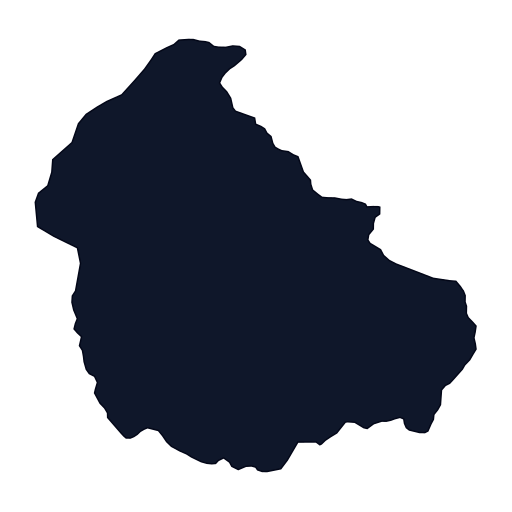 outline of Tambunan, Sabah, Malaysia, rotated 91°
{"feature_id": "92858781B2820786401574", "entity_name": "Tambunan", "entity_type": "district", "adm_level": 2, "iso_a3": "MYS", "parent_name": "Malaysia", "parent_adm1": "Sabah", "projection": "mercator", "projection_center": [116.421, 5.708], "detail": "fine", "context": "isolated", "style": "filled", "palette": "ink", "viewbox_px": 512, "rotation_deg": 91, "n_neighbors": 0, "source": "geoboundaries", "source_scale": "gbopen_adm2", "svg_char_len": 2600}
<svg xmlns="http://www.w3.org/2000/svg" viewBox="0 0 512 512"><g transform="rotate(91 256 256)"><path d="M420.1,401.5L435.6,387.6L438.3,385.0L440.2,382.7L440.2,378.5L438.7,375.1L436.4,371.7L433.4,368.7L431.1,364.9L429.6,361.5L432.2,350.5L437.2,346.3L443.2,342.1L447.8,337.2L452.3,328.5L455.0,322.0L458.0,317.1L462.6,307.2L464.1,301.5L464.5,296.6L464.1,292.8L461.1,290.1L458.4,284.8L462.6,278.8L466.7,276.5L469.8,270.0L466.4,262.4L466.0,256.8L467.1,252.6L469.8,250.7L471.3,246.1L471.3,241.2L468.3,227.5L459.5,221.1L441.3,210.9L440.9,194.2L440.9,192.6L443.6,188.9L442.8,187.3L439.0,183.5L435.3,178.2L431.5,172.2L421.6,164.6L420.5,163.8L420.1,161.5L420.5,154.3L423.1,149.8L425.8,145.2L426.5,141.8L421.6,135.4L418.9,127.4L418.9,122.8L417.8,118.3L416.3,114.5L414.8,109.2L416.3,105.4L420.8,104.6L425.0,102.7L427.3,99.7L428.4,94.8L429.6,89.5L429.6,84.1L428.0,81.1L420.8,78.1L416.3,75.8L411.4,75.4L406.4,71.6L401.5,69.0L393.9,68.6L386.7,68.2L382.1,64.4L379.9,60.2L376.1,56.8L365.5,47.7L361.3,45.4L356.0,40.5L349.9,37.1L345.3,34.4L340.0,35.2L334.0,36.7L328.3,35.6L322.2,34.8L318.8,37.9L313.9,42.8L309.7,44.7L302.5,44.7L298.3,46.2L291.9,46.2L287.3,48.1L285.9,49.2L283.1,51.1L277.8,55.7L277.4,62.1L275.2,78.5L261.5,116.0L258.1,122.8L253.2,128.5L247.5,131.6L241.4,142.2L238.0,144.5L232.7,143.7L227.0,139.2L221.3,139.2L215.2,137.6L211.8,133.1L205.4,133.1L205.0,133.1L204.6,134.6L204.6,139.9L205.0,146.0L202.3,147.5L200.8,151.3L199.7,156.6L197.4,161.5L198.1,166.5L197.8,171.4L196.6,178.2L196.6,185.4L196.2,191.1L193.2,195.3L189.0,200.6L183.3,202.5L179.2,202.9L171.2,210.1L156.0,215.8L154.1,220.7L151.1,225.6L150.3,232.1L148.8,235.5L146.9,238.9L143.1,241.2L136.3,243.1L132.9,247.3L128.7,249.6L126.4,253.3L124.2,258.7L118.1,259.8L116.6,264.3L111.6,279.1L108.2,281.8L98.7,284.1L92.3,288.2L87.7,292.8L83.6,295.5L77.9,293.2L73.7,290.1L69.2,285.6L66.1,281.0L63.1,277.6L59.7,273.8L54.7,269.7L50.2,270.4L46.8,276.1L46.4,282.9L47.9,289.8L47.9,297.0L47.2,301.9L43.4,306.8L42.6,310.6L42.2,316.3L40.7,322.4L40.7,327.3L41.5,336.8L46.0,341.7L49.4,348.9L55.5,360.3L61.6,364.1L71.1,370.6L82.8,380.4L97.2,393.0L104.1,407.8L109.8,417.2L117.3,428.2L126.8,435.8L145.8,441.9L163.2,460.9L175.8,461.6L189.4,465.4L197.0,474.5L206.1,477.6L230.4,474.9L239.9,458.2L250.9,434.7L266.4,431.3L294.1,435.8L299.1,438.9L305.5,439.2L313.1,437.3L321.8,433.5L326.8,435.4L332.1,436.6L335.9,433.2L339.7,429.0L345.0,430.1L348.8,430.9L353.3,427.9L359.4,426.7L364.7,426.0L372.3,423.7L376.5,420.6L379.1,415.3L385.2,412.3L392.0,414.2L395.8,415.0L406.0,409.3L410.6,404.7L415.5,401.7L420.1,401.5Z" fill="#0f172a" stroke="#020617" stroke-width="1.5"/></g></svg>